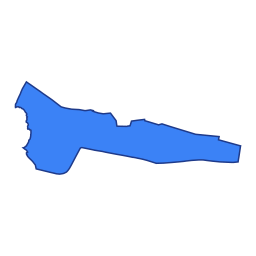 Piltene, Ventspils, Latvia (orthographic projection)
{"feature_id": "27541924B10340241308043", "entity_name": "Piltene", "entity_type": "district", "adm_level": 2, "iso_a3": "LVA", "parent_name": "Latvia", "parent_adm1": "Ventspils", "projection": "orthographic", "projection_center": [21.685, 57.226], "detail": "fine", "context": "isolated", "style": "filled", "palette": "blue", "viewbox_px": 256, "rotation_deg": 0, "n_neighbors": 0, "source": "geoboundaries", "source_scale": "gbopen_adm2", "svg_char_len": 3070}
<svg xmlns="http://www.w3.org/2000/svg" viewBox="0 0 256 256"><path d="M163.4,163.1L164.8,163.0L168.6,162.7L171.4,162.5L177.0,162.0L178.3,161.9L181.2,161.6L183.4,161.4L186.1,161.0L191.6,160.4L196.0,160.1L199.1,159.9L200.9,159.9L202.0,159.9L203.6,160.0L206.4,160.4L212.1,161.1L218.1,161.7L220.1,161.9L231.8,162.4L233.0,162.4L233.5,162.4L238.1,161.9L238.2,161.0L238.8,157.4L240.5,146.2L240.6,145.9L218.5,139.8L219.1,136.6L195.6,134.3L170.4,126.6L162.0,123.9L159.7,124.5L158.6,124.9L157.5,124.5L144.8,120.7L144.6,119.4L144.1,119.4L143.8,119.5L137.1,120.3L131.5,121.1L130.6,124.0L130.0,125.8L127.6,126.1L127.1,126.4L117.0,126.2L116.9,126.1L116.5,123.5L116.1,120.7L110.6,113.3L110.4,113.1L107.4,113.4L103.5,113.8L103.2,113.8L98.4,113.0L93.8,111.6L93.4,111.2L92.8,111.1L93.2,110.6L90.9,110.0L90.5,109.9L85.8,110.6L84.7,110.6L79.2,109.6L71.7,109.2L65.2,108.0L61.2,106.9L58.7,105.0L52.5,100.2L52.1,99.9L51.7,99.6L51.4,99.4L49.0,97.7L46.1,95.7L45.7,95.4L43.2,93.7L40.9,92.0L27.1,82.4L26.4,81.9L26.1,82.4L22.6,88.4L22.4,88.8L21.2,91.5L20.3,93.9L18.8,97.0L17.1,100.8L16.9,101.8L16.5,102.7L16.4,102.9L15.9,103.6L15.6,104.1L15.5,104.4L15.5,105.0L15.4,106.7L15.5,107.5L15.8,107.5L15.9,107.4L16.4,107.0L16.6,106.9L16.9,106.9L17.5,106.8L17.9,106.8L18.7,106.8L19.0,107.1L19.1,107.3L19.3,107.5L19.6,107.5L19.9,107.5L20.2,107.4L20.7,107.5L21.3,107.9L21.6,108.1L21.8,108.5L22.8,108.9L22.9,109.0L23.2,109.1L23.5,109.3L23.9,109.8L24.4,110.4L24.8,111.1L25.1,111.5L25.3,112.0L25.6,112.4L25.7,112.5L25.9,112.7L26.2,112.9L26.6,113.5L26.6,113.8L26.7,114.1L26.8,114.2L26.6,114.7L26.3,115.1L26.4,115.4L26.6,115.9L26.6,116.0L26.9,116.3L27.0,116.5L27.0,116.8L27.3,117.0L27.1,117.3L27.0,117.5L26.7,117.9L27.1,119.1L26.9,119.4L26.8,120.1L26.4,120.4L26.5,120.9L26.2,121.4L26.3,122.2L26.7,122.4L27.5,122.8L27.7,123.2L28.2,124.3L28.3,124.7L28.3,125.1L27.6,126.1L27.6,126.9L27.8,127.3L27.6,128.4L27.7,128.5L27.9,129.2L28.1,129.2L28.8,129.0L29.4,129.2L29.6,129.8L30.7,130.0L30.9,130.2L31.0,131.1L30.9,131.8L31.0,132.7L30.9,134.0L30.7,134.5L30.8,135.0L30.5,137.4L30.2,138.1L30.2,138.7L29.5,139.7L28.9,140.1L28.8,140.5L28.7,141.5L28.2,142.8L27.9,143.1L27.6,143.7L27.2,144.4L26.8,145.0L26.7,145.6L26.4,146.0L25.7,146.2L25.3,146.5L24.9,147.1L24.5,147.4L23.7,147.7L23.2,147.8L24.8,149.1L26.4,150.1L27.7,152.1L27.2,152.5L26.8,152.6L26.6,152.6L26.4,152.9L26.5,153.3L26.5,154.2L27.0,155.2L27.3,155.2L27.3,155.3L27.4,155.9L27.6,156.3L28.1,156.9L29.4,158.3L31.1,159.9L32.6,161.4L34.9,164.4L35.3,164.8L36.0,168.0L36.2,168.9L41.2,170.1L42.8,170.5L51.4,172.6L51.5,172.6L56.5,173.8L59.6,174.1L62.3,173.7L63.7,173.4L66.0,172.3L66.6,171.9L67.9,170.5L69.3,168.6L69.7,167.9L71.0,165.6L71.7,164.3L72.9,162.0L73.7,160.5L74.2,159.5L75.0,158.0L75.1,157.9L75.2,157.6L79.8,149.0L80.4,148.0L81.0,147.8L81.5,147.6L82.1,147.6L93.9,150.0L94.0,150.1L97.7,150.7L102.2,151.4L105.7,152.2L117.2,154.4L117.9,154.5L122.5,155.3L126.2,156.0L130.7,156.9L132.6,157.3L132.8,157.3L133.1,157.3L135.5,157.7L137.7,158.2L140.3,158.7L143.0,159.3L147.1,160.4L156.0,163.2L156.1,163.3L163.4,163.1Z" fill="#3b82f6" stroke="#1e3a8a" stroke-width="1.5"/></svg>